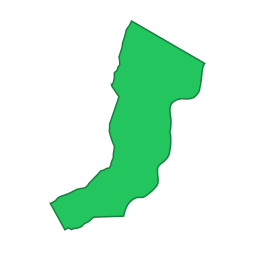 En Leur Ba/Balca, Choiseul, Saint Lucia (Natural Earth projection), rotated 5°
{"feature_id": "8701671B91249744249717", "entity_name": "En Leur Ba/Balca", "entity_type": "district", "adm_level": 2, "iso_a3": "LCA", "parent_name": "Saint Lucia", "parent_adm1": "Choiseul", "projection": "natural_earth1", "projection_center": [-61.02, 13.776], "detail": "fine", "context": "isolated", "style": "filled", "palette": "green", "viewbox_px": 256, "rotation_deg": 5, "n_neighbors": 0, "source": "geoboundaries", "source_scale": "gbopen_adm2", "svg_char_len": 2563}
<svg xmlns="http://www.w3.org/2000/svg" viewBox="0 0 256 256"><g transform="rotate(5 128 128)"><path d="M198.8,57.0L122.2,21.1L120.8,25.0L117.7,30.4L116.9,36.5L115.3,43.5L115.0,48.6L114.1,52.4L112.8,58.2L113.6,60.6L114.3,65.7L112.8,68.1L111.9,72.1L110.9,72.8L110.3,73.3L109.6,74.0L109.6,74.4L109.6,75.4L109.8,76.8L109.9,77.4L110.0,78.3L110.0,79.1L109.9,80.5L109.7,81.6L109.6,82.5L109.4,83.4L109.0,84.9L108.6,85.9L108.3,86.9L107.9,86.5L108.1,87.5L116.3,97.7L109.3,125.9L109.5,127.3L109.6,128.3L109.6,129.4L109.6,130.2L109.6,131.5L109.6,132.6L109.8,133.3L110.3,134.5L110.7,135.8L111.0,136.7L111.6,138.2L112.1,139.5L112.8,141.0L113.6,142.6L114.5,144.6L115.3,146.1L115.9,147.1L116.3,148.0L116.0,149.2L116.0,150.7L115.8,153.0L115.7,154.6L115.7,155.9L115.8,157.2L116.0,158.3L115.9,159.0L114.5,163.3L114.2,164.7L114.1,165.9L114.0,166.9L113.5,168.1L113.0,168.8L112.5,169.6L110.1,170.2L109.5,170.7L108.5,171.3L107.6,172.0L107.0,172.3L106.2,172.5L105.6,172.7L104.7,173.1L104.2,173.6L103.3,174.8L101.0,177.9L98.1,181.4L95.4,184.8L94.0,186.6L93.5,187.4L93.0,188.3L92.8,189.0L92.4,189.3L90.2,191.4L85.9,192.5L84.3,193.1L83.5,193.2L82.6,193.5L81.9,193.9L81.0,194.5L80.2,195.0L79.3,195.6L79.0,195.7L78.4,196.1L77.7,196.6L77.0,197.0L76.2,197.6L75.2,198.1L74.3,198.6L73.7,198.9L72.9,199.3L72.1,199.7L70.4,200.5L69.1,201.0L68.0,201.5L67.0,202.1L66.0,202.5L65.4,203.0L64.7,203.4L63.8,204.3L63.0,205.4L62.5,206.2L62.2,206.6L61.9,206.9L61.4,207.2L60.8,207.6L60.4,207.9L59.6,208.5L59.1,208.8L58.1,209.4L57.7,209.6L57.2,209.8L74.0,234.9L76.7,233.0L77.8,232.8L80.7,234.1L82.4,233.0L86.6,232.0L88.0,231.4L90.2,230.3L92.3,227.6L94.1,226.4L97.9,223.9L99.1,222.3L101.6,219.8L131.3,216.2L131.3,215.8L131.8,213.1L132.5,209.6L133.4,206.6L134.8,203.7L136.6,201.1L139.2,198.6L142.4,196.6L146.2,196.0L148.4,196.0L151.0,194.6L153.6,192.3L156.4,189.7L159.5,186.1L161.9,182.7L162.6,180.1L162.5,176.9L162.3,175.0L161.7,172.3L161.3,170.3L161.1,167.5L161.0,165.3L161.5,163.7L163.0,161.6L164.8,159.9L166.2,158.7L168.2,156.3L169.5,154.7L170.5,152.8L171.2,150.7L171.5,148.7L171.7,146.2L172.0,142.9L171.9,140.2L171.8,137.8L171.3,133.3L171.0,131.0L170.2,128.9L170.1,127.8L170.5,124.9L170.5,123.3L170.4,118.8L169.9,115.0L169.2,111.9L168.6,109.3L168.2,106.2L168.2,103.9L168.6,101.3L169.3,99.8L171.0,97.9L173.2,96.2L175.4,95.1L178.7,94.2L180.8,94.0L182.5,94.0L184.3,93.9L187.4,93.4L191.2,91.7L193.8,88.6L195.3,86.1L195.9,84.1L196.1,81.2L196.5,78.3L196.7,74.2L196.9,68.7L196.9,66.8L196.9,66.5L196.9,63.8L197.3,61.5L197.7,59.0L198.6,57.3L198.8,57.0Z" fill="#22c55e" stroke="#15803d" stroke-width="1.5"/></g></svg>